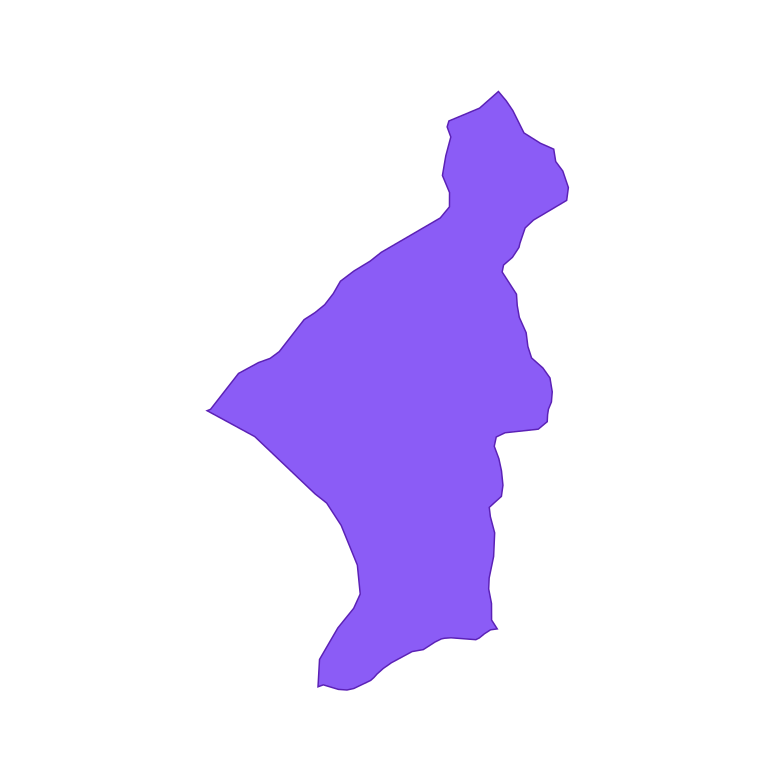 the border of Bazéga, rotated 102°
{"feature_id": "BFA-2814", "entity_name": "Bazéga", "entity_type": "Province", "adm_level": 1, "iso_a3": "BFA", "parent_name": "Burkina Faso", "parent_adm1": "", "projection": "orthographic", "projection_center": [-1.43, 11.889], "detail": "fine", "context": "isolated", "style": "filled", "palette": "violet", "viewbox_px": 768, "rotation_deg": 102, "n_neighbors": 0, "source": "natural_earth", "source_scale": "10m", "svg_char_len": 1367}
<svg xmlns="http://www.w3.org/2000/svg" viewBox="0 0 768 768"><g transform="rotate(102 384 384)"><path d="M600.0,222.3L602.3,228.7L607.5,233.9L612.6,238.0L615.0,241.0L618.3,265.7L620.1,271.9L621.4,274.9L626.0,280.7L635.6,290.3L639.9,300.9L655.1,318.8L662.4,325.6L669.1,330.5L673.3,332.9L676.7,335.4L688.1,350.2L691.0,356.6L692.2,365.1L690.9,380.8L693.9,385.6L666.8,389.8L632.1,378.4L609.7,367.0L594.4,363.6L566.7,372.4L531.2,396.5L512.4,415.3L505.8,428.6L462.3,499.5L446.9,551.5L444.8,548.4L403.9,528.5L389.2,511.3L382.6,500.7L374.1,493.2L337.6,475.5L328.7,466.5L318.8,458.5L306.1,452.4L292.5,448.0L279.7,436.9L266.8,423.2L255.7,414.0L209.9,363.5L197.1,356.8L183.1,359.7L167.9,370.2L148.0,371.0L128.5,370.0L119.4,375.7L113.2,375.2L94.3,347.9L74.1,332.9L81.7,323.2L89.8,314.8L109.3,299.3L116.0,281.1L119.0,266.8L130.7,262.3L138.5,253.4L153.5,244.5L166.4,243.5L192.6,271.9L202.0,278.4L218.0,280.3L222.4,280.4L233.4,284.7L242.8,291.8L249.9,291.7L268.6,273.1L279.5,270.0L290.7,265.5L304.3,255.6L317.3,251.1L327.8,245.1L335.3,231.9L343.6,222.9L356.7,217.8L366.8,216.5L374.4,217.9L380.0,217.6L386.9,216.5L396.1,223.7L406.5,255.4L412.5,263.2L422.0,263.2L433.2,256.1L444.6,251.0L458.3,246.6L469.5,245.8L482.8,255.4L491.6,252.4L506.6,244.8L530.0,240.9L551.9,240.8L562.7,239.0L576.4,233.2L592.5,229.7L600.0,222.3Z" fill="#8b5cf6" stroke="#5b21b6" stroke-width="1.5"/></g></svg>